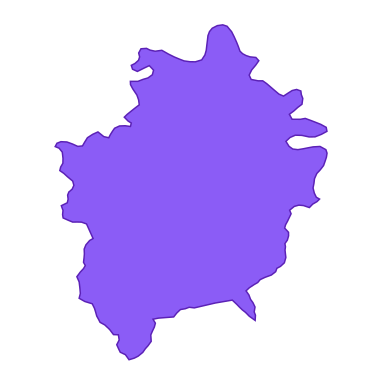 Vargem, Santa Catarina, Brazil (Equal Earth projection), rotated 269°
{"feature_id": "56859067B53689598872527", "entity_name": "Vargem", "entity_type": "district", "adm_level": 2, "iso_a3": "BRA", "parent_name": "Brazil", "parent_adm1": "Santa Catarina", "projection": "equal_earth", "projection_center": [-50.941, -27.469], "detail": "fine", "context": "isolated", "style": "filled", "palette": "violet", "viewbox_px": 384, "rotation_deg": 269, "n_neighbors": 0, "source": "geoboundaries", "source_scale": "gbopen_adm2", "svg_char_len": 3107}
<svg xmlns="http://www.w3.org/2000/svg" viewBox="0 0 384 384"><g transform="rotate(269 192 192)"><path d="M182.7,319.4L184.6,316.2L188.7,314.3L193.9,313.1L198.6,314.1L203.1,314.7L208.3,317.1L211.9,320.6L216.1,324.0L220.4,325.6L224.4,327.0L228.5,327.7L232.0,326.6L235.3,320.8L235.0,313.8L234.2,309.1L233.2,303.5L232.5,298.6L233.2,293.5L236.0,289.8L241.0,286.8L244.8,291.0L247.0,296.3L246.7,302.8L245.0,310.1L245.0,316.0L247.4,322.4L250.3,328.0L254.3,327.3L257.4,321.9L259.4,317.1L261.2,312.7L263.6,306.5L262.8,301.6L263.0,293.3L268.0,290.7L271.2,295.2L274.7,299.2L277.8,303.5L283.6,304.4L287.5,303.0L291.1,302.6L292.7,298.4L291.7,293.9L289.4,290.1L286.3,285.2L288.4,280.6L292.7,275.7L296.0,272.0L299.1,268.5L301.9,264.7L302.0,260.1L303.5,253.1L307.9,251.2L313.0,253.8L317.7,257.9L322.1,261.1L325.4,258.2L326.1,252.4L327.5,248.4L329.4,245.0L332.0,242.4L336.8,240.8L341.0,239.2L346.4,236.9L351.6,234.4L354.3,232.2L357.1,230.0L358.6,225.7L357.9,220.2L355.4,215.1L352.1,212.3L348.1,210.7L343.6,210.1L337.9,209.3L333.4,208.7L328.8,207.3L323.9,204.0L322.1,197.6L322.3,192.2L323.2,186.4L325.1,181.7L327.3,176.7L330.3,170.9L334.2,164.3L333.4,157.6L334.6,152.5L336.4,149.0L336.1,143.5L331.9,141.1L328.0,142.0L324.6,140.8L321.5,137.2L319.7,133.5L315.8,134.7L313.5,139.5L316.8,146.4L319.1,151.5L314.5,155.7L309.9,154.4L306.8,149.9L305.5,145.1L303.6,139.9L303.7,132.3L300.4,132.4L296.1,134.6L289.9,138.6L285.1,140.2L280.1,140.8L276.4,135.8L273.3,131.8L270.8,128.6L268.0,125.6L264.0,129.4L262.0,132.5L258.6,131.6L259.4,126.3L259.3,120.7L257.1,115.7L253.9,113.4L251.0,111.5L247.7,109.7L248.9,104.8L253.7,99.0L251.4,93.7L248.1,88.4L243.8,85.6L240.0,83.3L239.6,78.6L242.1,73.3L244.2,67.8L244.6,61.8L243.1,57.8L239.8,56.0L238.1,59.9L234.1,63.0L227.9,63.6L223.0,63.4L219.2,61.1L215.7,60.2L212.9,64.1L209.4,67.8L205.0,72.9L200.7,74.0L196.9,72.2L194.2,68.9L191.1,67.6L187.0,68.0L183.4,67.1L180.6,61.1L175.8,62.7L171.6,62.2L168.3,62.7L165.9,67.8L164.0,72.2L164.0,76.6L163.8,81.0L161.9,86.0L147.2,92.3L145.3,88.8L141.0,85.0L136.8,83.2L131.9,83.3L127.9,82.9L123.6,82.3L120.3,84.0L117.3,82.2L113.9,78.9L109.3,75.4L104.1,77.6L98.2,78.2L92.5,78.6L87.7,77.3L84.4,82.9L82.0,90.3L77.3,92.5L73.1,93.7L69.6,94.6L66.4,96.3L63.3,97.8L60.6,102.5L55.9,107.3L50.8,111.0L50.5,115.9L45.3,116.6L40.6,114.1L36.4,115.9L33.0,117.5L30.5,122.6L25.4,126.1L26.9,131.4L28.8,135.3L32.5,140.0L36.1,142.6L39.0,145.3L43.4,148.6L49.8,148.3L53.8,150.1L57.6,152.0L61.5,153.1L65.5,150.8L66.5,156.4L67.4,171.5L71.3,174.7L74.7,178.4L75.4,183.2L76.8,187.2L76.1,192.3L80.6,213.3L83.2,230.4L78.7,235.0L76.1,237.4L73.4,240.1L70.7,243.4L66.8,247.1L62.5,252.9L67.7,253.3L71.0,252.1L75.9,253.0L80.3,251.0L83.6,248.7L88.1,247.1L92.2,244.3L95.3,247.7L98.4,252.6L100.3,256.1L103.2,258.6L105.4,263.5L107.6,269.9L110.9,274.3L114.2,275.5L116.1,279.2L119.6,283.1L124.9,284.7L128.9,284.3L132.3,284.0L135.6,284.5L138.8,284.0L142.2,286.5L146.5,287.8L150.0,287.8L154.3,284.0L157.6,285.0L161.1,287.0L164.5,288.7L168.5,290.7L172.1,289.3L175.8,294.0L177.0,298.6L176.5,303.2L174.4,309.1L177.8,312.5L180.2,316.8L182.7,319.4Z" fill="#8b5cf6" stroke="#5b21b6" stroke-width="1.5"/></g></svg>